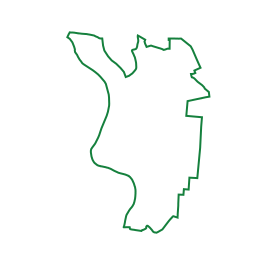 Giurgeni, Ialomita, Romania, rotated 192°
{"feature_id": "2599482B95773019331943", "entity_name": "Giurgeni", "entity_type": "district", "adm_level": 2, "iso_a3": "ROU", "parent_name": "Romania", "parent_adm1": "Ialomita", "projection": "albers", "projection_center": [27.835, 44.741], "detail": "fine", "context": "isolated", "style": "outline", "palette": "green", "viewbox_px": 256, "rotation_deg": 192, "n_neighbors": 0, "source": "geoboundaries", "source_scale": "gbopen_adm2", "svg_char_len": 5002}
<svg xmlns="http://www.w3.org/2000/svg" viewBox="0 0 256 256"><g transform="rotate(192 128 128)"><path d="M171.8,210.2L173.9,209.8L174.1,209.8L174.8,209.9L175.3,210.0L176.2,210.4L176.9,210.6L177.0,210.6L178.8,210.9L179.7,211.2L180.3,211.4L182.0,211.4L184.7,211.4L186.9,211.3L187.7,211.3L188.6,211.2L189.2,211.1L190.0,211.0L190.6,210.9L192.9,210.6L194.1,210.5L196.1,210.3L196.3,210.2L196.5,210.2L196.6,210.3L196.8,210.3L197.4,210.2L198.1,210.2L199.6,210.1L200.1,210.1L201.8,209.9L203.2,209.6L204.9,209.4L205.0,208.8L205.2,208.2L205.4,207.7L205.5,207.5L205.5,207.3L206.0,205.2L206.2,204.2L203.5,203.1L200.2,200.2L197.6,196.3L196.3,193.9L196.2,192.9L195.5,191.2L194.2,190.0L192.9,188.8L191.7,187.2L189.5,184.8L187.9,183.5L186.1,181.8L183.9,180.8L174.5,177.2L171.7,175.9L168.4,174.2L165.7,172.4L160.6,168.5L158.8,166.5L153.8,156.7L152.9,153.9L151.4,147.7L151.1,145.8L151.0,139.7L151.4,135.5L153.9,122.1L154.7,114.9L155.2,112.3L156.9,105.9L159.0,101.3L159.4,100.2L159.6,99.7L159.6,98.6L159.6,98.0L159.4,97.1L159.2,96.3L157.8,92.6L156.4,90.1L155.7,89.1L154.5,87.8L154.0,87.3L153.1,86.6L152.8,86.6L152.6,86.5L151.4,85.8L151.0,85.6L150.9,85.6L150.4,85.4L150.1,85.2L149.9,85.2L149.2,85.1L148.8,85.0L147.9,85.0L147.6,85.0L147.1,85.0L147.0,84.9L146.8,84.9L146.5,84.9L145.9,85.0L145.4,85.0L142.5,85.0L141.4,85.0L141.0,84.9L140.8,84.9L140.2,84.9L139.3,84.9L139.2,84.9L138.6,84.8L138.2,84.7L137.3,84.6L135.9,84.3L134.3,83.8L133.6,83.6L133.1,83.4L132.9,83.4L131.8,83.1L129.5,82.6L128.7,82.4L128.4,82.3L127.4,82.2L127.1,82.2L126.0,82.1L125.4,82.1L122.7,82.0L121.1,81.9L120.8,81.9L120.3,81.8L120.2,81.8L120.0,81.7L118.3,81.5L117.9,81.3L117.7,81.3L117.7,81.2L116.6,80.8L115.9,80.5L114.4,79.3L114.1,79.1L112.9,77.9L111.8,76.4L110.9,75.2L110.3,74.2L109.5,72.7L108.8,71.6L108.7,71.3L107.8,69.0L107.5,67.7L107.4,67.4L107.3,66.6L107.2,66.3L107.0,65.3L107.0,65.2L106.6,62.5L106.6,62.4L106.4,60.5L106.4,60.3L106.4,60.2L106.4,58.1L106.4,57.9L106.4,57.2L106.4,56.9L106.5,56.4L106.6,54.9L107.0,53.7L107.2,53.0L107.6,51.9L107.8,51.6L107.9,51.3L108.2,50.7L108.5,50.2L108.9,49.5L109.3,48.6L109.6,47.8L109.8,47.4L110.0,46.7L110.2,46.2L110.3,45.9L110.5,45.2L110.6,44.9L110.7,44.7L111.3,42.9L111.4,42.4L111.5,41.2L111.5,40.2L111.5,39.6L111.5,38.6L111.5,38.3L111.5,37.7L111.5,36.7L111.4,34.7L111.4,34.3L111.4,32.2L111.5,30.5L111.6,30.4L111.6,30.1L111.4,30.0L111.2,30.1L110.6,30.2L110.3,30.3L108.2,30.8L107.4,31.0L105.9,31.3L105.7,31.3L105.6,31.0L105.6,30.9L105.5,30.5L105.4,30.4L105.2,30.0L105.0,29.7L104.9,29.6L104.7,29.5L103.9,29.5L103.4,29.5L103.1,29.5L101.6,29.6L101.1,29.7L100.8,29.7L99.6,29.7L98.1,29.8L93.5,30.1L93.5,30.3L93.4,30.5L93.2,30.8L92.7,31.1L92.5,31.3L91.9,31.5L91.6,31.7L90.8,32.4L90.0,33.0L89.8,33.2L89.7,33.3L89.6,33.5L89.5,33.8L89.4,33.9L89.4,34.0L89.5,34.4L89.5,34.7L89.6,34.9L89.6,35.1L89.6,35.3L89.5,35.5L89.4,35.8L89.2,36.1L89.1,36.3L88.9,36.4L88.6,36.4L88.3,36.4L86.8,35.6L86.4,35.4L85.1,34.5L84.5,34.0L84.0,33.7L83.4,33.2L82.9,32.8L82.6,32.5L82.4,32.2L82.2,32.1L81.8,31.8L81.6,31.7L80.9,31.5L80.7,31.4L80.4,31.4L80.2,31.4L79.3,31.5L78.9,31.5L78.7,31.5L78.4,31.5L77.1,32.5L73.3,35.9L72.1,38.4L70.8,41.2L68.8,45.4L67.2,48.4L67.0,48.5L66.0,50.4L65.7,50.8L65.4,51.1L64.9,51.1L60.9,50.7L61.1,51.6L61.2,52.7L61.4,53.6L61.6,54.9L61.9,57.1L62.7,62.6L63.1,64.5L64.6,73.4L59.9,74.2L60.6,79.8L55.9,80.4L57.6,92.2L49.8,93.4L53.3,123.6L56.7,144.6L57.9,153.9L73.5,152.0L75.3,166.7L58.2,174.3L54.9,175.6L56.4,180.0L61.1,182.5L61.9,183.6L64.2,185.2L64.8,185.5L68.9,187.4L69.5,187.7L70.0,188.0L72.8,189.9L74.3,190.7L76.1,190.9L76.2,191.2L76.3,191.3L76.4,191.6L76.8,192.0L77.6,193.9L76.3,194.2L76.1,194.3L75.7,194.5L75.0,194.8L73.6,195.8L75.0,198.0L69.6,202.0L72.2,205.5L75.6,210.2L80.9,217.7L81.2,218.1L83.4,220.7L83.7,221.0L86.5,222.4L94.6,226.5L94.8,226.5L95.0,226.4L97.2,225.9L100.4,225.3L102.5,224.9L106.8,224.0L106.5,222.6L105.5,222.8L104.9,219.7L103.8,214.2L105.3,213.9L105.6,213.9L106.0,213.7L107.6,212.7L107.9,212.5L109.1,211.9L109.3,211.8L109.5,211.8L109.9,211.9L110.3,212.2L110.6,212.2L111.0,212.3L113.5,212.6L114.2,212.6L115.2,212.7L121.0,213.2L122.4,213.4L122.6,213.4L123.0,213.2L123.4,213.0L126.7,211.2L127.4,212.2L128.6,213.8L128.8,214.1L129.1,214.6L129.4,215.3L129.5,215.5L129.8,215.8L129.8,216.0L129.5,217.9L129.8,218.0L136.2,220.1L137.6,220.5L137.6,220.2L137.5,219.7L137.4,219.1L137.2,218.6L136.9,217.8L136.7,217.3L136.5,216.8L136.2,215.9L136.1,215.4L136.0,214.7L136.0,214.1L136.1,212.9L136.1,212.4L136.2,211.9L136.1,211.3L136.1,210.7L136.0,209.6L136.1,208.9L136.1,208.4L136.3,207.8L136.5,207.4L136.6,207.1L136.8,206.9L137.1,206.7L138.4,206.0L139.0,205.8L139.5,205.5L139.9,205.3L140.1,205.0L140.2,204.8L140.2,204.5L140.2,204.3L140.1,204.1L139.5,203.3L138.6,202.1L138.1,201.5L137.6,200.8L137.2,200.2L136.8,199.6L136.4,199.1L136.0,198.6L134.4,195.2L133.6,193.3L132.5,189.1L132.4,187.7L132.9,186.3L133.9,184.4L135.1,182.3L136.4,180.9L137.8,179.3L140.8,177.4L143.7,182.0L147.7,185.1L152.9,188.4L158.0,190.7L162.4,194.0L167.2,198.8L169.5,203.4L171.8,210.2Z" fill="none" stroke="#15803d" stroke-width="2"/></g></svg>